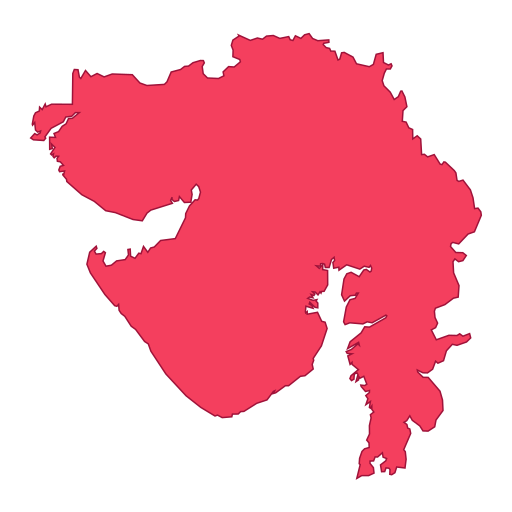 outline of Gujarat
{"feature_id": "IND-3264", "entity_name": "Gujarat", "entity_type": "state/province", "adm_level": 1, "iso_a3": "IND", "parent_name": "India", "parent_adm1": "", "projection": "equal_earth", "projection_center": [71.839, 22.391], "detail": "fine", "context": "isolated", "style": "filled", "palette": "rose", "viewbox_px": 512, "rotation_deg": 0, "n_neighbors": 0, "source": "natural_earth", "source_scale": "10m", "svg_char_len": 5966}
<svg xmlns="http://www.w3.org/2000/svg" viewBox="0 0 512 512"><path d="M234.2,67.0L240.4,61.8L239.8,59.5L232.9,56.7L233.1,50.1L231.3,45.4L232.9,40.1L239.1,36.0L238.6,35.1L250.3,40.4L257.4,38.0L262.5,39.2L266.5,36.1L273.3,35.5L279.8,38.4L288.7,36.6L290.2,39.8L292.9,40.5L295.4,35.8L300.9,38.4L304.6,34.8L309.1,33.6L312.6,38.5L317.8,40.7L328.8,39.9L328.9,42.3L323.7,43.3L323.2,44.6L326.1,47.6L329.6,48.4L330.8,51.1L334.9,51.2L338.0,60.0L339.8,59.1L341.6,52.8L344.2,52.4L353.0,57.1L356.5,63.8L369.3,66.7L373.4,64.4L376.2,54.3L383.0,52.7L383.5,62.5L388.4,65.0L391.1,63.8L392.0,65.9L390.3,69.0L386.4,69.0L384.3,73.2L382.2,80.6L383.9,85.8L390.2,92.1L394.2,99.5L398.3,96.7L400.7,91.2L401.9,91.0L404.9,97.0L406.9,106.7L403.0,110.6L402.3,121.3L406.1,122.1L408.8,127.8L412.6,129.5L412.8,138.9L417.2,135.8L420.7,139.0L421.6,154.6L424.4,154.3L427.6,156.9L434.2,154.6L440.1,164.1L442.0,164.6L443.9,161.9L445.4,162.2L454.3,170.6L455.9,172.9L457.0,180.3L458.8,181.4L463.0,180.1L470.4,189.9L473.0,197.8L474.6,208.6L478.0,208.1L480.8,211.8L481.3,215.3L474.4,231.8L468.1,234.0L458.7,243.9L452.8,242.4L451.1,243.6L450.5,246.5L455.8,252.5L462.8,252.7L466.3,255.5L462.9,260.6L458.6,261.7L454.9,258.9L453.0,261.7L453.6,272.8L459.0,285.6L458.2,297.1L453.4,298.2L444.9,304.6L435.4,308.2L434.4,311.2L435.0,317.5L437.6,323.1L435.6,327.6L431.3,329.9L436.3,339.8L448.9,335.3L457.0,335.5L459.7,333.8L462.9,336.2L469.6,333.6L470.7,337.9L466.5,342.0L457.0,345.3L452.3,344.3L446.4,350.8L443.5,360.7L437.9,363.2L435.6,361.2L432.6,369.2L427.5,372.9L422.9,372.8L417.3,370.0L417.7,372.0L423.1,377.3L428.2,377.4L440.0,391.2L442.5,400.0L443.0,410.5L436.0,420.0L434.7,426.8L428.1,431.1L423.0,430.9L419.8,425.9L412.3,420.3L409.8,415.8L406.7,420.7L403.9,422.3L406.9,424.5L407.7,428.1L409.8,429.0L410.7,433.4L403.7,449.7L405.3,451.7L406.1,459.3L405.0,468.0L396.7,467.0L394.9,472.7L391.7,474.7L389.8,474.3L390.0,469.5L388.9,468.2L386.0,467.9L384.7,471.6L381.6,471.7L380.5,464.9L385.8,460.8L386.6,458.5L383.1,457.2L382.4,452.8L377.6,457.0L375.1,456.9L373.6,460.9L370.0,461.1L370.0,463.4L373.4,467.6L374.0,473.1L368.6,475.6L361.7,475.6L356.8,478.4L360.2,464.6L359.2,463.7L359.6,458.3L362.0,451.4L364.6,448.8L369.2,447.5L369.0,442.9L366.7,440.1L369.5,434.0L369.4,425.6L371.1,417.9L370.4,414.7L373.8,412.0L371.8,409.3L371.8,406.0L370.4,408.2L369.4,407.4L370.4,401.5L365.9,404.6L367.9,398.7L365.8,395.6L369.4,392.5L369.5,390.5L365.5,391.5L361.2,386.5L360.8,385.1L364.8,385.5L366.8,384.2L363.8,376.3L360.0,378.2L359.0,376.9L358.5,379.9L356.0,381.6L358.0,374.5L357.0,373.0L354.3,374.0L353.9,379.2L351.5,380.6L349.9,378.6L351.0,375.7L358.4,369.6L352.1,364.4L352.0,362.4L350.1,364.4L347.8,355.9L352.0,353.8L347.2,353.4L346.2,351.6L351.3,349.5L357.9,343.9L359.3,345.2L358.6,342.3L347.6,348.6L350.1,341.8L361.1,332.9L364.7,326.8L369.5,327.1L385.8,317.8L386.8,315.8L385.9,315.1L372.1,322.8L367.2,321.8L362.9,323.9L349.8,322.8L345.1,324.6L343.6,321.8L346.3,307.0L350.0,299.7L355.1,298.4L358.3,293.1L356.4,293.1L355.3,295.2L350.3,295.7L344.5,301.1L341.6,294.8L344.0,279.0L346.8,273.8L351.1,272.3L359.2,276.7L363.8,270.0L366.3,269.4L369.9,272.0L371.2,271.1L371.7,268.1L370.5,265.5L369.1,267.3L364.2,266.2L359.8,269.1L346.7,264.8L339.0,270.2L338.8,267.2L333.7,268.2L332.9,262.5L334.6,260.5L334.1,257.3L331.5,259.5L329.1,267.5L325.3,267.5L324.6,264.2L322.8,263.5L320.6,263.7L320.4,266.2L316.3,265.8L319.3,268.4L322.8,264.8L322.7,269.6L327.6,270.5L327.7,284.9L324.1,291.3L321.5,291.5L321.0,293.1L320.0,291.8L318.0,294.9L315.3,292.1L312.6,291.8L314.8,294.1L313.9,295.5L311.1,294.5L313.0,297.8L309.6,297.0L307.7,298.4L313.1,300.4L316.9,299.6L316.1,301.1L317.8,303.0L317.8,307.8L315.0,307.3L309.8,302.2L309.2,304.0L311.8,305.4L313.1,308.3L305.9,306.2L305.4,311.8L305.7,312.9L307.2,311.6L307.2,314.2L317.5,312.3L321.7,321.3L325.1,322.2L327.1,328.5L321.4,345.9L313.2,358.4L313.7,360.3L312.2,364.4L313.2,369.0L305.0,375.7L300.4,376.3L288.6,385.7L285.4,385.7L275.7,392.8L273.3,393.5L274.7,390.8L273.4,391.4L267.0,399.9L256.7,403.3L243.9,411.4L240.6,411.6L238.2,414.0L232.4,414.1L231.8,416.8L222.2,417.6L217.5,415.1L215.0,416.0L200.8,407.4L186.1,395.8L165.9,374.0L150.9,351.2L148.3,343.9L144.6,341.5L135.6,329.4L131.2,326.2L124.8,316.3L121.2,313.5L119.1,310.3L118.6,304.4L116.9,306.3L114.7,305.7L104.9,294.5L90.4,272.9L86.9,264.2L89.7,252.2L96.2,246.2L96.9,248.4L94.4,251.1L96.1,254.1L101.4,253.6L103.7,251.4L105.4,252.7L103.0,261.0L106.0,266.2L111.4,265.2L116.6,260.9L125.2,259.6L128.5,254.9L127.9,249.5L130.2,249.1L130.6,256.2L135.0,258.3L138.8,253.2L141.0,253.7L143.5,246.4L147.8,252.3L150.6,248.0L154.3,247.0L160.6,240.5L175.3,238.6L185.5,217.8L185.7,213.6L189.5,205.9L195.1,199.8L197.5,200.1L198.8,198.5L200.5,192.1L198.7,186.6L196.2,184.2L191.3,190.0L192.1,194.4L190.8,202.2L184.4,202.5L179.4,196.6L178.6,200.5L174.4,201.5L172.0,199.5L172.1,197.2L170.6,200.5L172.4,203.3L150.8,210.1L147.0,213.1L142.3,220.8L133.0,219.5L115.4,212.6L105.7,210.7L94.2,201.3L81.8,194.7L66.8,181.5L66.5,179.3L62.9,175.0L62.7,173.6L63.6,174.9L64.6,171.0L59.6,171.7L58.8,170.0L60.2,166.3L63.5,165.4L60.3,161.8L57.4,161.3L57.0,158.4L58.6,156.3L56.1,156.1L54.2,157.8L53.0,156.4L53.5,153.9L51.7,155.0L50.6,153.9L55.0,147.4L51.6,144.1L52.3,148.5L49.7,149.3L49.6,137.2L55.5,137.4L54.0,133.5L58.6,131.6L62.2,126.3L66.1,123.8L68.5,118.6L72.4,118.3L79.3,112.6L75.4,112.6L71.8,116.2L65.8,117.0L63.3,121.8L51.1,128.3L44.9,136.9L45.7,138.2L43.8,140.5L33.4,139.8L30.7,138.0L34.7,133.6L37.1,134.9L40.2,132.9L40.6,131.0L37.7,132.1L35.5,130.0L34.7,122.5L32.6,125.1L32.3,124.1L33.8,116.0L35.5,112.8L39.3,111.0L39.6,107.1L42.2,109.6L45.2,104.0L46.0,106.8L51.6,104.2L72.4,104.3L72.8,73.5L74.3,69.5L78.0,69.7L79.4,77.2L80.8,78.5L85.5,70.5L90.9,76.7L97.1,73.5L104.1,76.9L112.2,74.0L132.3,74.7L139.9,83.0L146.9,85.5L164.4,84.4L167.0,81.8L171.2,72.0L180.6,69.5L184.6,66.4L188.5,66.1L193.0,62.7L200.4,60.5L203.4,60.6L204.3,62.9L202.2,66.5L203.2,73.7L207.5,78.0L218.5,78.5L223.9,75.8L223.1,71.9L228.6,66.6L234.2,67.0Z" fill="#f43f5e" stroke="#9f1239" stroke-width="1.5"/></svg>